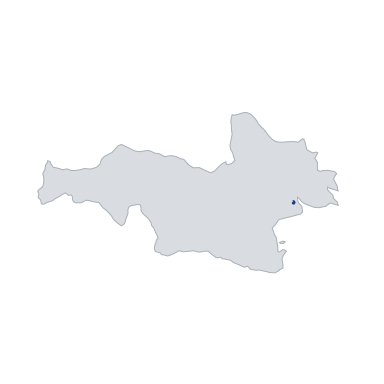 location of Taean, P'yŏngan-namdo, North Korea, rotated 230°
{"feature_id": "82179303B55886689837874", "entity_name": "Taean", "entity_type": "district", "adm_level": 2, "iso_a3": "PRK", "parent_name": "North Korea", "parent_adm1": "P'yŏngan-namdo", "projection": "natural_earth1", "projection_center": [125.517, 38.825], "detail": "fine", "context": "in_parent", "style": "filled", "palette": "blue", "viewbox_px": 384, "rotation_deg": 230, "n_neighbors": 0, "source": "geoboundaries", "source_scale": "gbopen_adm2", "svg_char_len": 3490}
<svg xmlns="http://www.w3.org/2000/svg" viewBox="0 0 384 384"><g transform="rotate(230 192 192)"><path d="M225.4,272.5L224.1,273.2L221.9,277.1L219.9,282.1L217.9,284.8L215.5,286.3L213.0,287.1L208.0,287.5L203.5,287.2L202.1,286.6L195.8,287.0L194.1,287.3L185.2,286.9L180.5,287.3L177.6,288.3L174.6,290.3L172.0,293.3L169.7,296.6L165.1,302.5L161.8,305.4L161.8,309.6L161.7,310.8L160.6,311.7L160.2,311.3L158.3,311.0L150.7,307.2L144.4,309.5L142.9,312.6L141.2,313.5L138.7,307.6L134.6,307.4L128.2,302.2L125.4,303.3L124.7,305.4L121.1,310.2L116.2,314.1L114.6,314.7L112.7,314.4L113.0,313.3L111.0,308.8L103.2,307.0L100.4,305.2L98.9,304.7L106.6,299.8L108.6,298.9L107.1,297.7L105.4,297.2L99.2,297.9L95.9,296.3L91.1,296.8L87.8,295.5L94.7,290.7L95.0,287.8L94.9,285.6L98.4,279.1L101.9,275.6L111.0,270.5L114.9,269.8L117.8,270.0L120.1,269.5L117.7,267.6L115.3,266.7L110.6,266.9L105.7,264.0L105.3,260.9L114.7,241.5L114.8,239.7L113.4,235.0L112.9,230.4L106.2,227.7L103.2,227.4L94.6,222.2L91.1,219.6L89.8,220.4L89.5,224.5L88.3,225.5L86.0,226.3L84.9,221.5L83.1,218.1L77.4,214.6L75.3,212.7L76.3,208.5L75.8,208.2L76.8,203.5L80.3,199.9L88.9,193.5L91.1,190.5L95.5,187.0L97.4,187.1L99.4,186.8L100.1,185.2L100.5,184.0L102.3,182.9L106.5,181.0L111.2,178.4L115.0,177.7L119.7,173.9L121.6,172.2L123.5,172.2L124.0,171.4L125.1,169.4L126.5,168.1L128.6,167.8L132.0,166.9L136.2,166.3L139.0,163.1L140.0,160.8L141.9,158.3L145.9,155.5L148.7,151.4L151.7,147.0L153.2,145.6L154.6,145.3L155.5,143.6L156.4,138.9L157.8,134.3L158.7,132.2L162.2,129.8L163.1,128.7L163.9,128.3L165.5,128.6L167.7,127.2L169.8,125.7L171.7,126.2L173.6,127.5L175.6,130.0L176.5,132.0L178.1,133.7L178.4,136.2L180.0,137.2L183.4,137.8L188.9,139.5L192.5,139.5L194.5,140.8L198.8,141.5L207.3,140.5L210.8,141.1L212.3,142.6L214.4,143.8L215.8,143.9L217.7,141.8L219.7,138.4L221.0,135.8L220.9,133.7L219.7,131.5L216.9,129.4L215.0,126.2L213.2,122.9L212.2,121.8L211.3,120.2L211.2,117.8L211.7,116.1L216.0,115.0L221.4,114.3L225.8,115.0L233.1,114.6L237.6,113.6L241.0,113.8L244.0,113.8L245.4,112.3L249.6,108.9L251.7,107.7L253.9,105.4L254.3,103.0L254.7,101.0L255.9,99.0L258.1,96.4L260.0,95.2L262.2,95.3L264.4,96.5L265.9,97.7L267.5,97.4L268.8,95.3L269.7,95.0L272.2,94.8L273.0,93.5L273.9,87.6L274.8,82.9L275.0,79.6L277.2,74.2L277.8,70.9L279.2,69.3L280.7,69.5L282.1,70.4L283.7,71.0L285.9,70.5L287.5,71.3L288.5,73.1L291.8,74.3L292.1,75.1L292.1,81.1L294.0,83.8L296.4,86.3L299.7,88.6L301.5,89.1L302.6,90.7L303.6,93.6L306.0,96.3L307.3,98.3L307.6,100.4L308.7,101.5L306.8,102.8L304.4,102.0L300.2,101.6L295.1,105.6L292.2,107.0L290.2,111.0L286.1,113.4L283.9,115.9L281.1,120.3L279.3,124.5L274.9,128.9L272.4,134.3L272.3,139.0L275.2,143.7L275.6,147.8L273.7,156.2L274.9,165.0L273.8,168.5L260.2,174.6L256.7,177.6L251.8,185.5L245.8,188.5L242.0,191.7L236.8,193.6L233.5,199.2L229.8,202.3L225.5,204.2L222.2,206.7L214.8,206.9L209.7,208.6L206.0,213.2L194.9,218.5L193.5,222.5L194.2,228.7L194.3,233.4L193.4,237.3L190.9,236.2L189.6,237.5L188.2,241.1L188.7,245.2L192.5,246.6L195.6,248.2L200.0,249.1L203.3,251.0L210.3,259.7L216.0,263.5L217.5,264.9L220.7,266.8L223.7,269.8L225.4,272.5ZM96.0,229.9L93.9,231.3L93.8,228.9L95.4,226.9L97.1,226.6L96.0,229.9Z" fill="#d9dde1" stroke="#a8b0b8" stroke-width="1"/><path d="M118.9,262.0L118.5,261.8L118.0,261.9L117.7,262.1L117.4,262.5L117.4,263.0L117.6,263.6L118.0,264.1L118.4,264.2L118.8,264.3L119.5,264.3L119.7,264.2L119.9,263.9L119.6,263.8L119.4,263.6L119.1,263.3L118.9,262.8L118.8,262.3L118.9,262.0L118.9,262.0Z" fill="#3b82f6" stroke="#1e3a8a" stroke-width="1.5"/></g></svg>